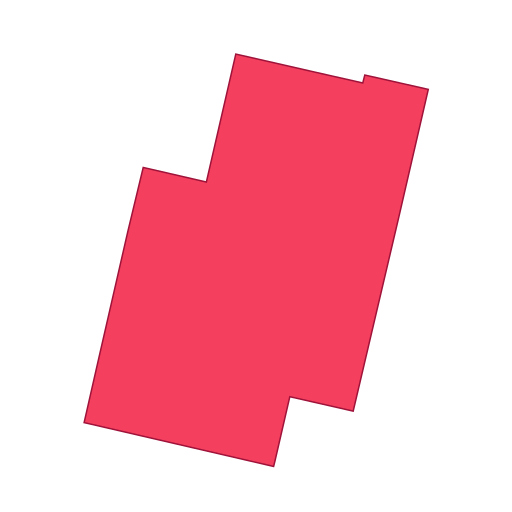 outline of Pawnee, Kansas, United States of America, rotated 103°
{"feature_id": "52423323B20643540439261", "entity_name": "Pawnee", "entity_type": "district", "adm_level": 2, "iso_a3": "USA", "parent_name": "United States of America", "parent_adm1": "Kansas", "projection": "natural_earth1", "projection_center": [-99.239, 38.175], "detail": "fine", "context": "isolated", "style": "filled", "palette": "rose", "viewbox_px": 512, "rotation_deg": 103, "n_neighbors": 0, "source": "geoboundaries", "source_scale": "gbopen_adm2", "svg_char_len": 370}
<svg xmlns="http://www.w3.org/2000/svg" viewBox="0 0 512 512"><g transform="rotate(103 256 256)"><path d="M391.7,386.2L457.0,386.0L457.1,191.5L451.6,191.4L391.3,191.4L385.5,191.4L385.3,126.4L188.2,125.6L54.9,125.6L55.2,190.7L63.4,190.9L63.6,245.1L63.8,321.1L195.1,321.0L195.1,385.8L260.8,386.4L391.7,386.2Z" fill="#f43f5e" stroke="#9f1239" stroke-width="1.5"/></g></svg>